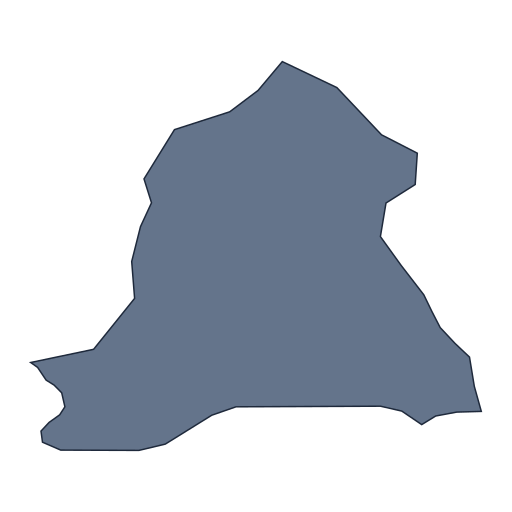 map outline of Peravia (Robinson projection)
{"feature_id": "DOM-1977", "entity_name": "Peravia", "entity_type": "Province", "adm_level": 1, "iso_a3": "DOM", "parent_name": "Dominican Republic", "parent_adm1": "", "projection": "robinson", "projection_center": [-70.38, 18.354], "detail": "fine", "context": "isolated", "style": "filled", "palette": "slate", "viewbox_px": 512, "rotation_deg": 0, "n_neighbors": 0, "source": "natural_earth", "source_scale": "10m", "svg_char_len": 657}
<svg xmlns="http://www.w3.org/2000/svg" viewBox="0 0 512 512"><path d="M481.3,411.4L456.7,412.1L435.7,416.0L421.7,424.6L401.8,411.1L380.5,406.2L236.0,406.8L211.8,415.2L165.3,444.1L138.9,450.4L60.7,450.1L42.5,442.2L41.0,431.1L49.1,422.4L59.7,414.8L64.9,406.8L61.7,392.8L54.1,385.1L46.1,380.1L37.6,367.4L30.7,362.5L93.6,349.3L134.6,298.4L131.7,261.5L140.5,226.6L151.5,202.8L144.0,178.9L174.5,129.6L229.7,111.8L258.1,90.4L282.3,61.6L336.9,87.6L381.5,134.8L417.3,153.2L415.2,184.5L386.0,203.0L380.4,236.6L401.2,265.5L423.8,294.8L431.8,311.3L440.2,327.6L455.0,343.4L469.5,357.1L474.3,386.3L481.3,411.4Z" fill="#64748b" stroke="#1e293b" stroke-width="1.5"/></svg>